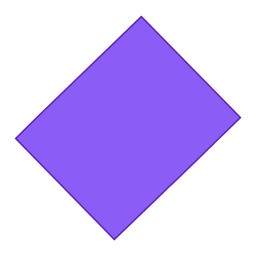 outline of Furnas, Nebraska, United States of America, rotated 316°
{"feature_id": "52423323B60965561562081", "entity_name": "Furnas", "entity_type": "district", "adm_level": 2, "iso_a3": "USA", "parent_name": "United States of America", "parent_adm1": "Nebraska", "projection": "orthographic", "projection_center": [-99.891, 40.176], "detail": "fine", "context": "isolated", "style": "filled", "palette": "violet", "viewbox_px": 256, "rotation_deg": 316, "n_neighbors": 0, "source": "geoboundaries", "source_scale": "gbopen_adm2", "svg_char_len": 461}
<svg xmlns="http://www.w3.org/2000/svg" viewBox="0 0 256 256"><g transform="rotate(316 128 128)"><path d="M216.1,198.6L215.0,57.1L211.4,57.1L71.7,57.1L39.9,57.5L40.7,198.7L41.7,198.7L42.4,198.7L45.6,198.7L103.6,198.8L104.9,198.8L116.9,198.7L118.0,198.8L122.4,198.9L129.7,198.9L158.7,198.9L170.4,198.8L171.5,198.7L173.9,198.8L176.2,198.9L179.4,198.7L183.9,198.7L187.8,198.7L216.1,198.6L216.1,198.6Z" fill="#8b5cf6" stroke="#5b21b6" stroke-width="1.5"/></g></svg>